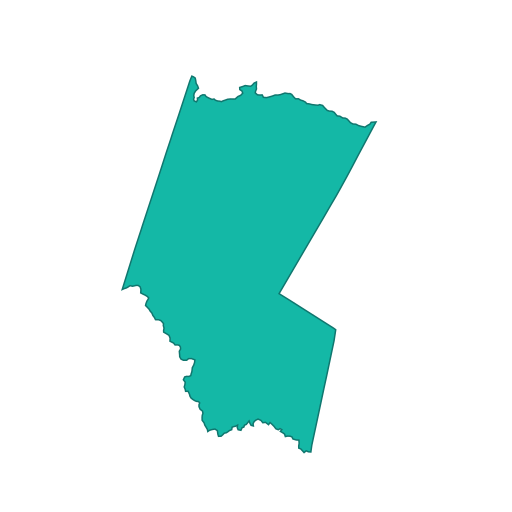 the district of Anagé, Bahia, Brazil, rotated 300°
{"feature_id": "56859067B63305448171139", "entity_name": "Anagé", "entity_type": "district", "adm_level": 2, "iso_a3": "BRA", "parent_name": "Brazil", "parent_adm1": "Bahia", "projection": "orthographic", "projection_center": [-40.955, -14.609], "detail": "fine", "context": "isolated", "style": "filled", "palette": "teal", "viewbox_px": 512, "rotation_deg": 300, "n_neighbors": 0, "source": "geoboundaries", "source_scale": "gbopen_adm2", "svg_char_len": 3762}
<svg xmlns="http://www.w3.org/2000/svg" viewBox="0 0 512 512"><g transform="rotate(300 256 256)"><path d="M406.9,169.4L404.8,167.9L402.2,167.4L400.3,166.5L399.1,163.7L398.2,161.4L396.3,159.9L393.8,157.6L392.0,158.8L391.9,161.3L390.4,163.1L387.5,162.4L385.2,160.7L383.3,160.0L381.6,159.5L380.6,157.9L379.3,155.5L377.5,153.0L375.8,151.6L373.9,149.9L372.4,148.9L371.9,147.1L371.1,145.4L370.6,143.0L371.0,141.2L369.6,139.6L369.2,136.0L369.1,133.1L370.0,131.2L368.9,129.2L366.9,127.8L365.0,127.6L363.4,126.3L361.9,127.4L359.7,127.3L359.4,124.9L360.6,123.5L362.4,123.2L363.6,122.0L365.9,121.1L368.8,121.2L372.5,122.3L374.2,120.3L375.5,117.9L377.9,116.0L379.7,114.4L379.9,112.4L379.7,110.5L374.5,111.2L356.5,115.0L339.4,118.6L319.4,122.7L313.9,123.9L301.2,126.5L284.9,130.0L278.4,131.4L225.4,142.5L221.8,143.3L219.0,143.9L217.0,144.3L212.8,145.2L206.6,146.5L200.5,147.8L160.1,156.9L161.8,158.1L163.4,159.6L165.0,160.6L167.3,161.7L168.1,164.2L169.4,165.6L170.7,167.0L171.6,168.7L171.4,171.0L169.7,172.9L168.3,173.7L166.4,174.6L166.5,177.2L166.7,179.8L166.6,182.2L166.0,184.0L164.4,184.2L162.4,184.1L159.9,184.5L157.9,185.1L157.3,187.3L156.4,190.2L155.4,191.8L154.5,194.4L152.9,196.5L151.9,198.9L150.6,200.8L152.1,203.5L152.5,205.8L152.0,207.6L151.2,209.7L149.4,210.5L147.6,212.4L145.3,213.2L143.9,214.1L143.9,217.0L143.8,220.3L141.9,222.7L139.2,224.1L139.3,226.1L139.4,228.2L138.5,230.4L139.7,232.3L140.3,234.2L139.5,235.9L137.8,237.2L135.2,237.2L133.6,238.3L132.2,239.3L130.6,240.3L129.2,242.6L129.4,245.2L131.1,248.1L133.4,248.9L134.9,251.4L135.5,255.0L133.2,256.0L130.5,256.6L127.4,256.7L125.0,257.8L123.4,258.4L121.7,258.7L119.8,259.3L118.2,258.2L117.0,256.0L115.6,254.7L112.5,255.0L111.3,257.8L108.9,258.8L106.7,259.3L105.1,261.4L103.6,262.7L104.9,264.8L103.2,267.3L101.5,269.0L100.5,270.8L100.2,273.0L100.1,275.0L100.3,277.0L101.2,279.0L100.6,280.7L98.7,281.0L97.0,282.0L95.3,284.3L95.0,287.1L93.3,288.7L91.2,289.1L89.3,290.0L86.8,291.5L85.6,294.4L83.9,296.3L82.7,298.5L81.5,300.6L79.9,302.0L81.8,302.9L83.1,304.1L84.4,305.5L85.6,307.0L85.5,309.8L82.6,312.1L81.1,313.7L82.5,315.9L84.6,316.6L86.7,317.1L88.1,318.7L89.9,319.6L91.6,320.3L93.4,321.8L95.8,320.9L97.1,322.0L98.5,323.5L100.3,324.6L98.1,325.5L96.6,327.4L97.5,330.1L100.4,329.8L101.7,331.0L103.7,330.6L105.3,331.8L107.1,332.1L109.7,332.5L108.1,334.4L106.9,336.4L107.5,338.7L109.3,337.3L111.8,337.2L113.7,337.9L115.8,339.3L116.1,342.5L115.0,345.3L116.7,347.4L116.2,351.2L118.8,351.4L118.4,353.5L117.5,356.8L116.3,359.6L116.7,362.2L118.5,363.1L118.5,365.2L116.3,364.8L116.3,367.2L116.1,369.7L114.3,371.7L115.7,373.2L117.0,375.6L117.3,377.6L116.0,379.5L116.8,382.8L118.0,385.2L115.4,387.0L112.8,388.0L111.0,389.1L111.3,391.2L110.5,393.8L109.8,395.9L112.4,396.9L112.6,399.2L113.7,401.5L120.1,398.9L149.2,389.5L169.8,382.8L176.9,380.5L186.3,377.5L221.5,366.0L232.0,361.9L232.3,359.2L234.5,307.3L234.9,294.8L237.2,294.8L293.3,295.1L324.5,295.3L337.9,295.3L347.8,295.4L355.5,295.3L369.9,295.0L376.2,294.8L382.3,294.6L384.6,294.5L394.3,294.1L413.2,293.5L428.0,293.0L432.1,292.9L429.4,288.9L427.1,288.7L424.7,287.2L422.1,286.0L421.5,284.1L420.9,282.2L420.2,279.5L420.1,276.6L418.8,274.0L418.7,271.1L419.7,268.1L420.2,266.3L420.0,264.3L418.9,262.1L419.0,258.7L417.9,256.3L418.6,254.2L419.5,251.9L419.4,249.5L418.2,247.2L417.7,244.9L418.8,240.9L419.7,238.4L418.9,235.4L417.6,234.4L416.4,231.8L415.1,228.7L414.3,225.9L413.3,223.6L414.0,222.0L413.9,219.1L413.3,216.6L413.4,214.2L411.9,211.6L412.6,209.1L413.8,206.1L413.7,204.3L412.7,202.6L411.6,199.6L410.2,198.4L407.9,196.4L406.4,194.6L404.9,192.0L402.8,190.3L400.1,187.7L398.4,185.9L397.1,183.1L398.6,180.9L397.2,178.6L396.3,176.7L396.9,173.8L398.6,173.2L400.9,172.9L402.9,171.5L405.2,170.4L406.9,169.4Z" fill="#14b8a6" stroke="#0f766e" stroke-width="1.5"/></g></svg>